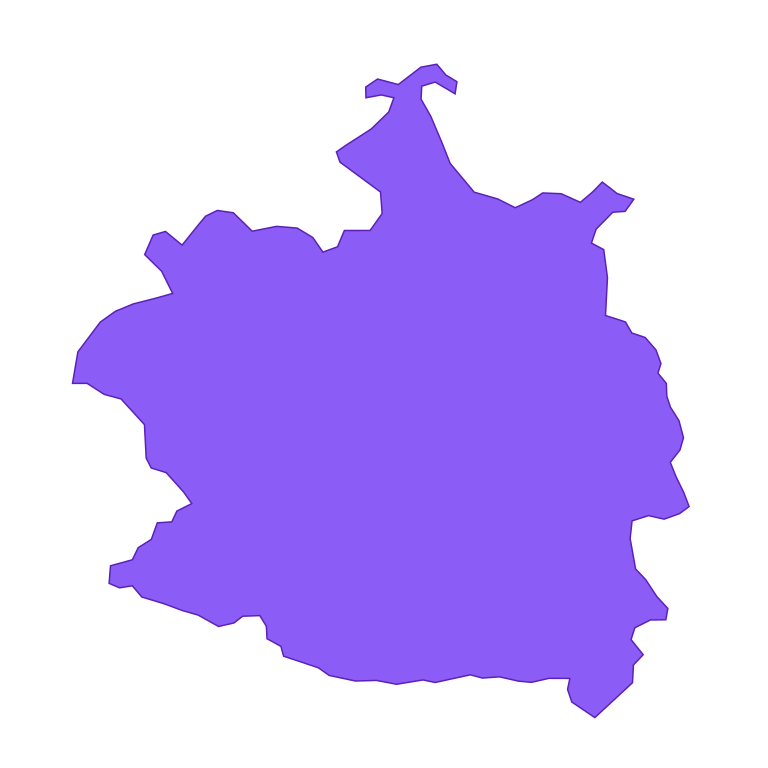 the district of Capela de Santana, Rio Grande do Sul, Brazil, rotated 93°
{"feature_id": "56859067B10907533932914", "entity_name": "Capela de Santana", "entity_type": "district", "adm_level": 2, "iso_a3": "BRA", "parent_name": "Brazil", "parent_adm1": "Rio Grande do Sul", "projection": "robinson", "projection_center": [-51.367, -29.711], "detail": "fine", "context": "isolated", "style": "filled", "palette": "violet", "viewbox_px": 768, "rotation_deg": 93, "n_neighbors": 0, "source": "geoboundaries", "source_scale": "gbopen_adm2", "svg_char_len": 1920}
<svg xmlns="http://www.w3.org/2000/svg" viewBox="0 0 768 768"><g transform="rotate(93 384 384)"><path d="M706.1,156.0L669.3,120.2L651.5,120.2L640.8,111.0L626.3,123.9L614.3,120.7L605.7,105.6L604.7,90.2L593.3,88.8L582.0,100.4L565.8,112.3L555.5,123.1L538.3,127.1L525.5,130.1L507.7,129.1L501.6,113.0L504.3,97.2L498.0,82.1L490.4,72.9L476.8,78.9L461.3,87.5L447.2,94.0L434.4,85.0L422.0,82.1L405.2,87.5L392.2,96.7L381.5,100.9L368.6,102.1L358.8,111.0L349.1,108.5L335.7,114.2L323.9,125.6L320.1,139.2L309.4,146.1L304.0,166.4L266.2,166.4L238.3,171.6L232.4,184.2L218.3,180.3L200.5,164.5L199.0,152.3L186.4,144.2L181.6,161.2L170.9,176.6L181.1,185.5L192.3,197.4L184.7,217.1L184.9,235.5L192.3,245.6L201.1,262.2L193.3,280.0L187.7,304.0L160.2,329.5L139.2,339.1L114.4,351.2L97.6,361.9L84.6,361.9L79.8,348.7L90.5,328.2L78.3,327.0L72.2,338.4L61.9,348.0L65.7,363.8L84.2,385.4L79.8,406.4L88.4,417.8L99.1,417.0L95.5,401.9L97.6,389.1L112.1,393.5L130.0,410.1L147.8,434.8L154.7,443.7L164.8,439.5L192.5,397.5L213.9,394.8L231.4,405.9L232.8,431.6L249.4,437.6L255.5,451.9L241.4,462.8L232.8,478.9L232.2,499.6L238.3,523.6L220.9,543.4L219.4,559.5L225.7,570.9L234.9,577.8L255.9,592.9L243.1,610.2L247.3,622.3L267.3,629.8L283.0,612.0L304.6,599.8L310.5,617.2L317.0,638.2L325.4,656.0L337.0,670.6L368.0,691.4L399.7,695.1L398.9,680.5L409.0,662.9L412.7,645.8L437.1,621.1L470.5,617.6L480.1,612.0L483.9,596.9L502.2,578.6L513.5,569.7L521.7,584.2L532.8,588.7L534.5,603.1L551.3,608.2L560.3,620.9L572.7,626.1L579.8,647.6L597.5,648.1L601.4,637.4L598.7,624.8L609.4,614.7L614.9,592.4L620.8,573.4L624.5,557.5L634.8,536.5L630.4,521.2L623.3,513.0L621.8,495.9L632.1,488.8L644.5,487.5L651.4,473.2L661.1,470.0L670.8,434.8L677.9,423.5L682.1,397.0L680.4,376.0L683.2,355.7L677.5,329.5L679.4,317.3L669.9,282.5L672.5,270.3L670.4,253.3L673.7,234.2L674.2,221.1L669.3,203.8L668.3,183.0L679.4,184.7L691.8,179.8L706.1,156.0Z" fill="#8b5cf6" stroke="#5b21b6" stroke-width="1.5"/></g></svg>